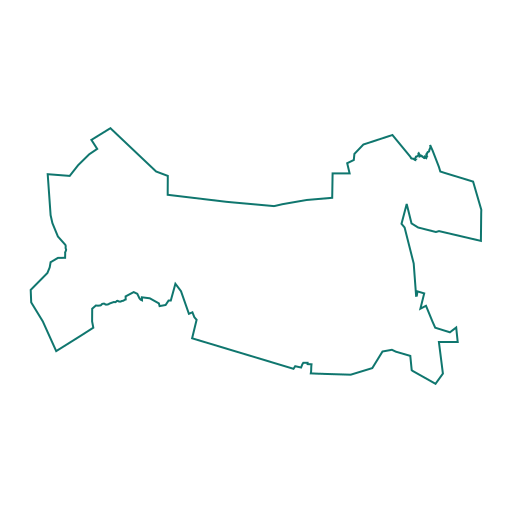 the district of Banámichi, Sonora, Mexico
{"feature_id": "50627088B68944131147189", "entity_name": "Banámichi", "entity_type": "district", "adm_level": 2, "iso_a3": "MEX", "parent_name": "Mexico", "parent_adm1": "Sonora", "projection": "natural_earth1", "projection_center": [-110.155, 30.063], "detail": "fine", "context": "isolated", "style": "outline", "palette": "teal", "viewbox_px": 512, "rotation_deg": 0, "n_neighbors": 0, "source": "geoboundaries", "source_scale": "gbopen_adm2", "svg_char_len": 4302}
<svg xmlns="http://www.w3.org/2000/svg" viewBox="0 0 512 512"><path d="M80.5,335.9L93.3,327.7L92.1,321.4L92.2,308.7L95.9,305.5L98.2,305.7L98.7,305.6L99.9,305.5L100.6,305.4L101.0,305.1L101.3,304.9L101.6,304.4L101.8,304.2L102.3,303.9L103.4,303.7L104.0,303.6L104.6,303.8L105.4,304.5L105.9,304.6L106.6,304.6L107.5,304.5L108.6,304.2L109.4,303.6L111.3,302.9L113.9,302.0L114.5,302.1L115.3,302.2L115.9,301.8L116.4,301.5L116.8,301.0L117.5,300.8L118.2,301.1L118.9,301.5L119.7,301.6L120.2,301.6L120.6,301.6L120.9,301.5L121.1,301.3L121.8,301.0L122.4,300.9L123.1,300.8L124.0,300.3L125.0,299.7L125.7,299.5L125.6,296.4L133.7,292.1L137.3,293.8L139.5,298.4L140.7,299.7L142.0,300.3L141.9,297.3L149.8,298.3L158.9,303.4L159.6,306.1L165.6,305.0L168.6,300.5L170.8,300.5L175.4,283.8L177.1,286.0L181.0,291.2L188.9,313.8L192.4,312.3L194.4,317.3L196.6,319.8L192.1,338.3L293.5,368.8L295.2,366.2L299.2,367.1L301.1,367.5L302.3,364.4L303.3,362.8L307.6,362.8L307.6,364.1L308.7,364.2L310.1,364.2L311.5,364.3L311.3,366.2L311.2,368.6L311.2,369.4L311.1,371.4L310.8,373.4L311.3,373.4L318.0,373.7L322.5,373.8L324.2,373.9L350.7,374.7L372.3,368.1L382.5,351.5L391.9,349.8L395.9,351.7L410.3,355.9L411.7,370.2L412.6,370.9L435.5,383.8L442.9,373.6L438.9,342.0L457.7,342.0L456.2,327.5L449.9,332.3L435.2,327.7L432.4,321.4L426.0,305.8L420.4,308.7L424.2,293.4L417.5,291.4L416.8,295.7L416.1,295.8L413.7,263.5L404.6,227.5L401.5,223.8L406.7,204.0L411.5,223.4L418.1,227.5L435.9,232.0L439.0,231.1L480.9,240.9L481.2,212.9L481.3,209.8L473.1,181.6L444.6,172.9L440.3,171.5L438.9,166.9L432.6,150.6L430.1,145.0L430.2,145.5L430.3,146.1L430.4,146.4L430.5,146.6L430.5,146.9L430.5,147.1L430.4,147.4L430.3,147.5L430.2,148.0L430.0,148.4L429.9,148.7L429.8,149.0L429.6,149.2L429.5,149.4L429.5,149.6L429.4,149.8L429.3,150.0L429.3,150.3L429.3,150.5L429.3,150.8L429.2,151.0L429.0,151.3L428.9,151.4L428.9,151.5L428.6,151.6L428.4,151.7L428.3,151.8L428.1,152.0L427.9,152.1L427.7,152.1L427.6,152.3L427.4,152.6L427.3,152.9L427.3,153.0L427.2,153.1L427.0,153.3L427.0,153.6L426.6,154.0L426.4,154.1L426.3,154.4L426.3,154.5L426.6,154.6L426.8,154.6L426.8,154.8L426.7,155.0L426.7,155.7L426.7,155.9L426.7,156.0L426.8,156.2L426.9,156.3L426.5,156.6L426.4,156.7L426.4,156.9L426.5,157.0L426.6,157.3L426.4,157.6L426.4,157.8L426.3,158.0L426.1,157.8L426.1,157.7L426.2,157.2L426.1,156.9L426.0,156.6L426.0,156.3L425.9,156.3L425.7,156.4L425.5,156.6L425.3,156.8L425.2,156.9L425.2,157.0L425.1,157.4L424.9,157.3L425.0,157.2L424.9,157.1L424.9,157.4L424.9,157.5L424.7,157.5L424.7,157.8L424.8,158.0L424.7,158.1L424.3,158.0L424.2,158.0L423.9,157.9L423.7,157.5L423.5,157.4L423.3,157.3L423.2,157.2L422.8,157.0L422.8,156.9L422.7,156.8L422.6,156.7L422.3,156.6L422.2,156.5L422.0,156.1L421.9,156.0L421.7,156.0L421.4,156.2L421.2,156.2L421.0,155.9L421.0,155.7L420.9,155.6L420.8,155.4L420.7,155.4L420.4,155.3L420.1,155.3L419.9,155.6L420.0,155.8L420.0,156.2L419.9,156.3L419.7,156.4L419.7,156.2L419.6,155.8L419.5,155.6L419.5,155.3L419.5,155.2L419.6,154.9L419.4,154.5L419.3,154.2L419.2,154.0L419.1,153.9L418.9,153.7L418.8,153.4L418.7,153.2L418.6,153.3L418.7,153.6L418.6,153.8L418.4,153.9L418.4,154.0L418.6,154.1L418.6,154.3L418.6,154.5L418.6,154.9L418.6,155.1L418.5,155.4L418.4,155.5L418.2,155.7L417.6,156.0L417.2,156.3L416.8,156.4L416.7,156.4L416.6,156.5L416.4,156.5L416.2,156.5L415.9,156.8L415.8,157.0L415.8,157.3L415.5,157.7L415.4,158.0L415.2,158.2L415.0,158.5L414.9,158.8L414.9,159.2L414.9,159.3L415.0,159.6L415.2,159.8L415.3,159.8L415.2,159.9L415.2,160.0L414.9,159.9L414.6,159.5L414.4,159.5L414.0,159.3L413.8,159.1L413.7,159.0L413.5,158.9L413.4,158.9L413.2,158.7L412.7,158.7L412.3,158.6L412.2,158.6L411.8,158.5L411.7,158.5L411.6,158.4L411.4,158.4L411.2,158.3L411.2,158.1L410.7,157.4L410.3,156.7L392.4,135.0L363.4,144.5L354.4,153.9L353.8,160.0L347.2,163.2L349.6,173.4L332.6,173.4L332.2,197.8L306.5,200.0L282.4,204.2L275.1,205.9L273.9,206.1L252.9,204.2L232.7,202.4L226.3,201.8L167.7,194.8L167.7,191.6L167.8,175.9L156.1,171.5L110.4,128.2L91.4,139.9L97.2,148.9L89.2,154.3L78.2,165.1L69.7,175.9L47.7,174.2L50.6,215.2L52.4,223.1L57.9,236.5L65.3,244.8L65.6,245.5L65.7,246.3L65.6,247.7L65.7,248.5L66.1,249.5L66.0,250.4L65.5,251.6L65.1,252.5L65.2,253.5L65.1,257.8L57.9,257.9L50.6,262.2L49.7,267.4L47.4,273.0L30.7,289.9L31.2,302.4L42.8,321.4L56.2,351.1L80.5,335.9Z" fill="none" stroke="#0f766e" stroke-width="2"/></svg>